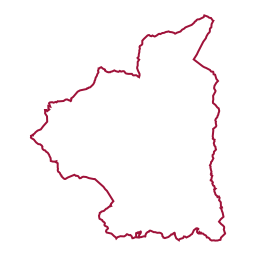 Jitia, Vrancea, Romania
{"feature_id": "2599482B15858955019342", "entity_name": "Jitia", "entity_type": "district", "adm_level": 2, "iso_a3": "ROU", "parent_name": "Romania", "parent_adm1": "Vrancea", "projection": "mercator", "projection_center": [26.761, 45.59], "detail": "fine", "context": "isolated", "style": "outline", "palette": "rose", "viewbox_px": 256, "rotation_deg": 0, "n_neighbors": 0, "source": "geoboundaries", "source_scale": "gbopen_adm2", "svg_char_len": 5847}
<svg xmlns="http://www.w3.org/2000/svg" viewBox="0 0 256 256"><path d="M220.4,239.9L221.0,237.6L225.1,233.6L225.1,233.1L224.8,232.8L223.8,229.4L224.2,228.0L224.1,226.8L223.1,225.6L221.2,224.1L219.0,221.7L220.7,219.3L223.5,216.8L222.6,212.5L222.0,211.2L221.4,209.0L220.6,208.1L222.0,207.6L221.7,206.9L221.3,206.8L220.9,206.2L220.8,202.3L219.1,200.2L219.6,197.8L218.9,196.5L217.5,197.1L217.4,196.9L217.5,196.3L216.1,195.2L215.4,194.3L215.1,193.0L214.4,191.5L214.4,190.0L214.1,189.6L214.3,189.2L215.1,189.1L215.5,188.7L214.8,188.5L214.7,187.5L214.2,186.0L213.3,185.6L212.9,185.0L212.3,183.3L212.8,182.8L212.9,182.4L211.7,180.8L210.7,180.4L210.7,180.0L211.5,179.0L211.6,177.8L212.3,175.8L211.3,175.3L211.6,174.1L210.9,173.9L211.5,171.8L210.8,169.4L210.7,168.4L210.4,167.9L210.6,166.4L209.9,165.4L210.9,163.6L211.1,162.0L211.9,161.3L213.4,158.3L212.6,156.8L212.6,155.0L213.3,154.4L213.8,153.7L214.0,151.7L216.0,149.6L215.5,147.9L215.5,146.9L214.3,145.4L214.3,144.8L213.8,143.5L213.9,142.6L214.5,141.4L214.3,141.0L214.6,139.7L213.6,139.4L212.8,138.7L213.1,138.0L212.7,136.5L213.3,130.5L213.1,129.0L215.8,126.8L216.2,126.1L216.3,125.6L215.7,122.7L216.0,121.7L215.4,120.7L215.3,120.2L215.8,118.9L217.3,117.1L217.6,115.8L218.2,114.9L218.5,113.3L219.1,111.7L219.2,110.8L218.7,108.4L217.3,107.4L215.4,104.9L213.0,103.0L212.9,101.7L213.3,99.4L213.1,95.8L215.4,91.6L215.5,90.7L214.2,88.6L214.1,88.0L214.5,85.8L216.3,82.8L218.0,81.0L216.3,78.8L215.1,74.7L213.6,74.3L213.3,72.0L213.0,71.7L211.3,71.6L210.9,71.3L210.0,70.0L206.0,67.9L204.4,67.3L202.7,66.3L193.7,59.4L196.9,54.4L198.1,51.8L203.3,41.7L205.9,38.2L206.4,36.5L208.0,33.7L209.4,32.4L209.8,31.5L209.9,28.9L210.2,28.3L211.3,27.4L211.6,24.1L213.3,20.8L212.9,20.7L211.0,18.0L210.0,17.9L208.8,17.5L207.8,16.6L204.3,15.4L203.7,17.1L199.3,19.3L197.7,19.4L196.7,19.9L196.0,20.9L194.7,21.7L194.4,22.5L191.7,24.9L185.9,27.2L184.9,27.8L184.4,28.5L182.1,29.7L180.5,31.5L176.9,32.7L175.4,33.6L174.9,33.6L174.1,32.9L171.9,32.2L169.9,32.0L168.6,31.4L167.2,31.8L166.1,31.9L163.9,32.9L162.4,33.0L160.3,34.1L159.2,33.8L158.5,34.1L156.5,35.6L154.8,36.5L154.3,36.4L152.4,35.5L151.5,36.2L150.4,36.0L149.0,35.0L147.6,35.4L143.9,38.9L142.3,40.7L142.3,44.0L141.7,44.9L139.9,46.0L139.5,47.0L139.9,48.6L139.3,50.6L139.4,51.9L138.8,54.3L138.7,56.3L138.5,56.9L137.5,57.9L137.7,58.4L139.2,59.6L137.7,61.9L137.7,65.6L137.3,66.7L137.1,68.1L138.0,70.7L139.5,73.8L139.6,75.2L139.1,77.1L138.7,76.8L138.2,76.8L137.8,76.2L136.1,75.2L133.6,75.4L133.0,75.2L131.9,73.9L128.4,73.9L126.1,73.5L125.4,73.0L124.4,71.6L123.8,71.2L122.8,71.2L121.1,71.6L119.8,70.9L118.6,71.8L118.1,71.8L115.9,71.2L114.3,70.4L112.3,71.4L110.7,71.8L110.0,72.3L109.1,72.1L108.4,72.3L106.9,71.8L105.1,70.7L104.9,70.4L105.0,69.7L104.6,69.3L103.3,68.9L101.2,67.2L99.9,67.8L99.4,68.3L98.6,68.4L98.6,69.1L98.0,70.8L98.5,72.2L98.1,73.0L97.4,74.0L96.7,76.1L95.7,77.6L95.1,80.0L94.5,81.2L94.4,82.2L93.2,84.4L90.2,87.3L88.7,87.6L88.4,88.1L87.3,88.2L87.0,88.4L86.7,89.0L80.0,90.4L77.6,91.7L73.2,96.9L71.2,98.4L71.4,99.1L71.0,100.2L71.1,100.7L70.7,101.1L69.6,100.3L69.2,100.4L67.1,99.4L65.6,99.6L63.5,101.0L58.5,101.4L57.8,101.2L56.6,102.3L55.9,101.9L53.5,102.7L52.2,102.2L50.0,102.4L49.1,103.1L49.0,103.3L50.2,106.6L48.3,106.0L48.4,108.5L49.3,109.5L47.2,111.1L46.5,110.0L45.0,110.0L45.2,111.4L45.1,113.4L47.0,116.3L47.2,121.7L43.3,126.1L40.8,129.4L37.6,130.6L35.4,132.4L34.6,133.5L32.9,134.7L33.2,134.9L33.0,135.5L32.0,135.4L31.0,135.8L31.1,136.5L30.9,137.5L31.2,138.0L33.8,139.5L36.1,142.4L38.3,144.1L40.1,144.3L41.8,145.6L42.4,146.7L42.2,147.0L42.4,148.4L42.7,149.1L43.9,150.1L45.3,150.5L46.0,151.6L47.7,152.7L49.1,154.8L49.5,156.0L50.6,158.1L50.8,161.0L52.9,161.6L54.7,161.6L55.2,161.9L55.7,161.8L56.0,161.3L56.4,161.2L56.3,162.4L57.6,163.1L57.7,163.4L57.7,167.5L58.0,168.9L57.7,170.0L57.9,171.0L58.4,171.9L59.0,172.1L60.0,173.2L60.5,174.6L61.5,175.5L61.5,176.3L63.9,178.6L64.8,179.0L65.5,178.9L67.8,177.5L74.4,174.8L76.0,175.9L76.6,175.7L78.2,176.2L79.6,178.2L80.8,178.1L81.6,177.4L83.2,176.7L86.2,177.0L88.9,178.1L91.4,178.6L94.1,179.1L94.8,179.0L103.5,186.8L105.2,189.2L106.9,190.8L113.4,201.2L111.0,203.9L111.0,204.6L110.4,205.2L111.1,206.0L108.8,206.9L107.2,208.4L106.2,208.7L103.9,210.9L101.4,211.6L100.6,212.5L99.8,212.8L99.6,214.2L99.0,215.7L99.3,217.9L99.6,218.8L102.2,220.1L102.7,221.3L103.8,221.9L104.8,223.0L104.9,223.5L104.4,224.9L104.6,225.4L105.0,225.8L107.3,226.9L107.7,227.5L108.0,228.5L106.3,230.2L106.0,231.3L106.6,232.5L111.5,233.6L114.1,236.1L115.9,237.5L116.3,238.5L117.5,237.2L120.4,236.2L124.1,236.4L125.7,235.5L126.7,234.3L127.0,234.2L129.2,235.2L130.4,235.0L131.6,236.2L132.4,238.2L133.4,238.1L135.2,237.2L137.2,237.4L136.5,236.6L136.1,235.6L136.1,233.2L136.5,233.0L137.0,233.3L137.5,233.1L137.9,232.7L137.9,232.4L138.3,232.3L138.7,232.9L138.9,232.3L139.5,232.3L140.5,231.5L140.8,231.6L140.9,232.2L140.7,233.0L139.8,234.4L139.2,234.8L138.8,237.1L138.9,237.5L139.3,237.5L140.3,237.1L140.9,237.2L143.8,236.3L145.3,236.5L145.4,236.3L145.4,235.3L146.2,233.4L147.5,232.1L149.0,231.6L149.2,231.0L150.0,230.6L151.1,230.9L153.9,232.2L155.0,232.1L157.3,232.8L159.7,232.7L161.0,233.2L161.9,233.9L162.3,234.9L162.4,236.1L163.3,237.0L163.4,237.6L164.9,238.1L168.4,237.0L170.9,235.0L171.3,234.4L172.7,234.3L173.1,233.6L173.9,233.0L174.5,232.8L174.8,233.2L175.0,235.2L176.3,238.4L178.9,240.2L179.0,239.7L180.1,238.9L182.9,238.1L183.4,237.6L183.8,236.5L185.1,236.6L186.4,237.5L189.6,235.9L191.2,234.5L192.0,234.1L193.2,231.8L193.8,230.3L196.3,228.3L197.3,228.3L198.3,228.8L198.2,229.3L197.3,229.9L197.0,231.2L197.2,232.3L197.7,232.5L197.9,233.1L198.5,233.4L199.4,232.1L199.9,232.8L200.2,233.5L200.6,233.2L200.8,232.6L201.0,232.6L201.6,233.5L202.9,233.5L204.1,234.6L205.9,235.5L206.5,236.4L206.8,237.4L207.8,237.4L209.4,238.4L210.1,239.6L211.6,240.5L214.1,240.3L215.0,240.6L217.6,240.5L219.6,239.9L220.4,239.9Z" fill="none" stroke="#9f1239" stroke-width="2"/></svg>